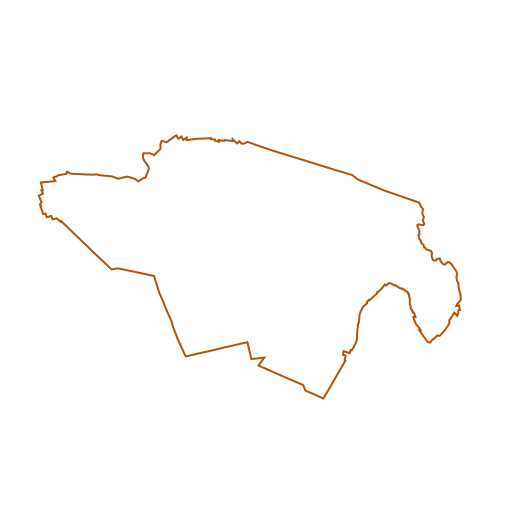 outline of Villa Aldama, Veracruz, Mexico, rotated 335°
{"feature_id": "50627088B40977064130086", "entity_name": "Villa Aldama", "entity_type": "district", "adm_level": 2, "iso_a3": "MEX", "parent_name": "Mexico", "parent_adm1": "Veracruz", "projection": "equal_earth", "projection_center": [-97.198, 19.651], "detail": "fine", "context": "isolated", "style": "outline", "palette": "amber", "viewbox_px": 512, "rotation_deg": 335, "n_neighbors": 0, "source": "geoboundaries", "source_scale": "gbopen_adm2", "svg_char_len": 5601}
<svg xmlns="http://www.w3.org/2000/svg" viewBox="0 0 512 512"><g transform="rotate(335 256 256)"><path d="M149.8,317.2L152.3,317.9L156.7,318.8L156.9,318.9L161.2,319.7L164.4,320.4L168.8,321.4L173.4,322.4L177.9,323.4L183.4,324.5L183.6,324.4L189.7,325.7L194.5,326.8L196.0,327.1L196.3,327.2L198.8,327.7L203.6,328.7L208.4,329.8L211.8,330.4L211.8,330.7L210.9,334.7L210.8,335.2L210.0,339.1L209.3,342.4L208.7,345.3L208.3,347.4L215.7,350.0L220.5,351.6L218.9,352.5L216.2,354.0L212.0,356.3L212.2,356.6L226.4,372.8L226.5,372.9L230.4,377.4L232.2,379.4L238.8,386.8L244.2,392.9L244.2,394.8L243.9,398.9L244.3,399.3L248.6,404.1L250.9,406.7L253.3,409.5L256.2,412.9L256.8,413.6L259.5,411.8L267.4,406.3L270.3,404.3L273.0,402.4L274.5,401.4L276.0,400.3L279.0,398.2L282.2,396.0L283.3,395.3L292.7,388.7L292.4,388.4L292.2,388.1L295.1,384.1L293.1,382.2L295.2,379.3L297.3,381.3L299.8,383.7L302.1,381.2L302.9,382.0L305.9,379.9L307.3,378.6L308.8,377.9L309.6,377.2L312.3,374.2L315.5,367.8L316.3,366.6L319.8,360.7L321.3,359.6L323.3,356.1L324.4,354.0L325.8,352.2L327.2,350.6L329.0,349.2L330.8,347.9L332.1,347.1L335.7,346.1L336.6,345.9L336.7,345.7L336.8,345.3L337.0,344.6L339.9,343.5L340.0,344.2L350.1,341.0L350.5,340.0L350.8,340.0L350.7,340.4L355.4,338.9L356.5,338.5L357.8,337.8L360.0,336.7L360.9,336.3L361.6,337.7L363.0,337.4L363.4,337.2L365.1,336.7L365.3,336.8L365.7,337.0L366.1,337.2L369.0,341.1L370.1,341.4L370.7,342.8L371.1,343.4L371.9,344.3L372.4,345.5L374.5,347.5L375.2,348.3L375.3,348.0L375.7,348.5L376.2,349.1L377.2,351.7L377.9,352.1L378.4,354.5L378.1,354.4L378.0,356.6L377.4,358.6L377.6,359.2L377.0,360.7L375.6,363.4L375.0,364.7L374.9,366.9L373.9,369.5L374.7,371.2L374.2,372.1L374.2,373.5L375.0,373.6L375.2,374.3L374.7,378.7L373.2,377.9L372.8,377.8L372.3,380.4L372.3,384.0L372.3,386.0L373.2,388.9L373.4,389.9L373.7,392.9L372.6,392.5L373.5,397.3L374.3,401.5L375.3,406.3L376.0,406.9L376.5,407.8L377.4,408.0L379.4,406.8L380.9,406.3L382.8,406.0L385.3,405.2L386.6,404.6L387.7,405.6L389.1,405.9L393.5,404.1L395.3,403.2L400.1,400.7L403.0,398.4L404.0,396.0L404.2,395.6L405.0,395.5L406.7,394.4L409.2,392.8L411.7,391.1L412.2,392.1L413.1,395.3L415.4,392.7L416.8,390.6L418.0,391.1L419.2,386.7L416.5,386.0L418.4,384.3L421.3,383.2L422.4,382.5L423.0,382.3L423.3,381.6L424.0,380.2L424.8,377.8L425.0,376.7L425.5,374.0L425.8,372.8L426.6,369.8L427.9,365.9L427.8,362.9L428.9,359.4L429.9,358.3L430.7,357.5L431.1,354.4L430.6,351.3L430.1,347.8L429.2,344.3L427.4,342.6L425.4,342.8L423.7,343.8L422.5,342.8L421.6,341.3L421.1,338.2L421.5,335.8L418.3,335.2L417.2,336.1L415.5,335.5L414.9,334.5L414.7,332.6L415.4,329.6L415.5,329.3L415.6,329.2L416.5,328.6L416.9,325.8L415.5,324.3L415.1,323.7L414.9,323.4L414.7,323.2L414.2,323.0L413.0,321.7L412.8,319.9L412.0,319.4L412.5,316.7L411.8,315.1L411.6,314.7L411.3,313.7L411.8,312.6L411.5,311.2L411.7,310.5L411.2,309.6L412.1,305.5L413.4,305.4L414.1,303.4L415.0,301.8L414.7,299.2L415.2,296.2L416.5,295.9L418.0,296.9L418.3,297.1L420.8,298.8L422.0,298.0L422.0,297.7L422.3,294.1L424.6,291.7L424.6,288.0L425.8,286.0L427.2,284.2L426.4,280.4L426.4,277.5L426.4,276.6L399.2,250.1L380.5,229.5L377.2,223.0L376.1,222.0L365.8,213.0L313.4,165.5L301.4,153.8L296.4,148.9L293.3,149.1L290.7,148.4L289.4,144.9L287.9,145.5L286.4,145.9L285.9,144.7L285.6,143.6L284.9,142.3L284.2,140.2L283.3,141.9L279.5,139.5L277.6,138.3L277.1,138.0L277.0,137.8L276.1,138.3L273.8,136.7L273.6,137.0L273.1,136.6L272.9,136.4L271.3,135.2L270.7,136.8L267.7,134.4L268.1,133.1L264.5,131.0L265.0,130.2L263.8,129.7L262.1,129.0L260.2,128.2L259.4,128.0L259.3,127.9L259.2,127.8L258.1,127.4L257.3,127.1L257.2,127.0L256.2,126.6L255.1,126.1L254.6,125.9L252.5,125.0L250.6,124.3L249.2,123.9L248.8,123.7L247.2,123.3L246.9,123.2L245.4,122.7L244.7,122.5L242.3,121.8L242.1,121.7L242.8,120.3L243.3,119.3L243.2,119.3L240.6,119.8L240.4,119.9L239.1,120.1L239.0,116.2L236.8,116.6L235.2,116.9L235.2,116.7L234.8,112.9L232.9,113.2L231.1,113.5L229.2,113.9L227.4,114.3L225.8,114.5L225.7,114.6L225.3,114.7L223.5,115.0L223.1,115.1L222.9,115.1L222.3,114.5L221.1,113.4L220.0,112.3L219.3,111.8L218.7,112.1L218.1,112.9L217.5,113.6L217.3,113.7L217.0,113.9L216.6,114.5L216.1,115.4L215.7,116.4L215.4,117.1L215.2,117.4L214.8,118.3L213.9,118.8L213.1,119.2L212.3,119.4L211.1,119.8L209.6,120.4L208.4,120.8L207.0,121.3L206.4,121.4L206.3,121.5L206.0,121.1L205.5,120.4L205.0,119.8L204.3,119.1L203.0,117.8L200.4,116.8L198.6,115.9L197.5,115.3L196.9,115.7L196.0,117.0L195.0,119.9L195.0,122.8L195.7,125.9L196.2,128.8L196.2,130.4L195.7,131.5L195.4,132.1L192.2,135.2L189.1,138.2L187.0,137.8L183.9,138.1L181.0,138.7L179.2,135.3L173.2,129.8L169.8,128.9L163.7,127.7L159.6,123.4L155.7,121.0L150.8,118.1L147.4,116.0L147.1,115.5L146.9,115.2L144.4,114.0L143.1,113.7L133.6,108.8L133.5,108.7L124.1,103.8L122.3,102.5L120.7,99.8L120.1,99.7L119.0,101.5L117.2,101.0L110.8,99.2L109.2,99.6L105.9,99.1L105.4,99.3L105.8,103.4L92.1,98.4L90.6,106.4L89.5,106.0L89.3,105.9L89.3,106.5L89.1,109.5L84.6,109.6L84.6,110.9L84.4,116.4L81.8,118.3L82.4,119.9L81.5,120.5L81.5,121.1L81.5,121.5L80.9,128.2L83.1,128.5L82.8,132.4L83.7,132.6L85.8,132.9L87.3,133.1L87.3,134.2L87.2,135.0L87.1,136.9L87.9,137.1L90.6,137.4L90.7,137.5L91.2,137.5L93.4,142.5L93.7,142.2L94.1,142.0L111.4,186.8L119.5,207.2L123.9,208.3L126.5,209.5L129.9,212.0L136.0,216.6L139.0,218.8L141.6,220.8L143.8,222.4L146.0,224.1L148.8,226.2L150.4,227.5L155.1,231.0L154.2,237.7L153.4,244.2L152.9,247.5L152.7,249.2L152.7,249.7L152.7,256.2L152.7,256.5L152.3,261.7L152.1,266.8L152.0,269.5L152.0,270.0L151.8,279.8L151.2,283.1L150.9,284.6L150.4,292.6L150.0,297.2L149.9,301.6L149.9,302.2L149.9,304.2L149.8,315.8L149.8,317.2Z" fill="none" stroke="#b45309" stroke-width="2"/></g></svg>